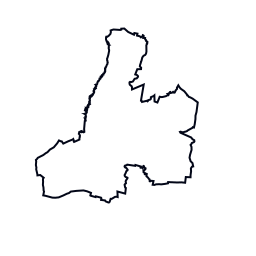 the district of Tinca, Bihor, Romania, rotated 290°
{"feature_id": "2599482B90584172362262", "entity_name": "Tinca", "entity_type": "district", "adm_level": 2, "iso_a3": "ROU", "parent_name": "Romania", "parent_adm1": "Bihor", "projection": "equal_earth", "projection_center": [21.941, 46.761], "detail": "fine", "context": "isolated", "style": "outline", "palette": "ink", "viewbox_px": 256, "rotation_deg": 290, "n_neighbors": 0, "source": "geoboundaries", "source_scale": "gbopen_adm2", "svg_char_len": 5701}
<svg xmlns="http://www.w3.org/2000/svg" viewBox="0 0 256 256"><g transform="rotate(290 128 128)"><path d="M179.3,172.5L179.1,172.3L179.9,171.5L181.8,168.3L182.9,164.3L183.9,162.4L185.3,160.7L182.6,160.2L181.5,160.7L179.9,160.0L179.2,160.0L179.0,159.8L177.4,159.8L176.9,159.2L177.4,158.0L176.3,157.4L175.5,156.1L176.3,155.4L176.1,155.1L174.2,154.5L173.7,153.7L173.2,154.8L172.6,154.7L172.5,154.1L170.9,152.8L168.9,149.8L168.5,148.8L168.2,147.1L162.0,146.9L162.0,143.9L167.7,141.6L166.8,141.1L164.8,139.0L163.3,139.5L162.8,139.4L162.2,139.0L161.1,137.5L159.9,137.4L159.7,137.2L160.1,136.5L157.3,132.3L157.8,132.0L158.0,131.1L158.3,131.1L158.3,130.8L174.2,127.9L165.6,118.6L167.4,117.9L168.4,117.3L169.3,114.9L170.1,114.3L171.4,113.8L172.0,114.1L172.4,115.5L173.4,116.7L176.5,117.4L177.6,119.2L179.1,119.8L179.9,119.8L180.3,119.5L180.9,118.1L180.8,116.5L181.4,116.5L186.4,116.6L187.8,120.1L189.2,119.7L189.9,118.1L191.1,117.8L194.2,117.7L194.8,117.5L195.6,117.7L199.2,117.3L201.2,117.9L202.6,119.2L204.1,119.5L206.1,119.2L212.1,116.9L213.8,117.2L214.1,116.7L215.3,116.9L215.7,116.7L216.0,115.2L216.8,114.8L216.9,114.3L217.6,113.5L218.4,113.3L217.9,111.6L218.7,111.6L218.7,111.2L219.6,110.8L220.1,111.0L220.3,110.6L220.3,110.2L219.4,110.3L217.6,109.1L218.0,108.4L218.2,107.4L217.9,104.9L219.9,104.6L219.4,101.5L217.7,101.7L218.3,95.3L220.2,90.5L219.0,87.7L218.1,88.0L217.5,87.2L215.6,80.7L214.5,79.2L213.7,78.3L212.3,79.1L210.4,79.3L208.0,78.3L206.4,77.1L206.4,76.4L205.9,76.3L203.8,77.0L202.7,77.8L202.4,78.3L202.1,78.4L202.1,78.9L201.7,78.8L201.2,79.2L201.7,79.3L201.3,79.8L201.6,80.0L201.5,80.3L201.0,80.4L201.2,80.6L200.9,80.9L200.6,80.6L200.2,80.6L200.3,80.8L200.2,81.0L199.7,81.0L199.5,82.0L199.3,81.8L198.4,81.9L197.4,82.4L196.6,82.4L194.8,83.6L193.9,83.9L190.0,84.5L186.9,84.7L186.1,84.6L184.5,85.2L184.1,85.7L183.3,86.0L182.8,86.5L182.2,86.4L181.3,86.8L180.1,86.5L177.8,86.5L177.5,86.2L176.0,86.4L175.9,86.1L174.9,86.5L174.7,86.8L173.9,86.8L173.6,87.2L172.7,87.2L172.6,86.9L171.8,87.0L171.3,86.7L171.1,86.8L170.5,86.4L170.2,86.5L170.2,86.2L169.5,86.3L169.1,85.9L168.7,86.0L168.7,85.4L168.3,85.3L168.3,85.6L167.8,85.6L167.5,85.8L167.1,85.4L166.9,85.5L166.7,84.9L166.1,85.3L165.6,84.9L164.9,85.2L164.4,84.9L164.4,84.4L163.2,84.6L162.2,84.3L162.0,84.0L161.6,84.2L161.0,83.7L160.1,83.7L159.0,84.0L157.6,83.7L157.6,83.3L157.4,83.4L157.3,83.1L157.0,83.6L156.4,83.6L156.2,83.9L155.4,83.7L155.2,83.5L154.8,83.9L154.2,83.1L153.4,83.0L153.4,83.3L153.0,82.9L152.7,83.3L152.5,83.1L152.2,83.2L151.6,83.0L151.3,83.1L151.0,83.4L150.7,83.1L150.2,83.5L150.3,83.8L149.9,84.0L149.1,83.9L148.1,83.4L148.0,83.7L147.5,83.7L146.8,83.5L146.7,83.1L146.3,83.1L146.4,82.9L145.8,82.9L145.8,82.2L145.3,82.3L145.4,81.9L145.0,81.7L144.8,81.2L144.5,81.2L144.0,81.7L143.8,81.4L143.3,81.5L143.5,81.7L143.4,81.9L142.7,81.8L142.6,82.2L141.4,82.4L140.5,83.0L139.1,82.9L138.7,83.4L138.5,83.2L138.6,82.9L138.1,83.1L137.8,82.9L137.5,83.1L137.7,83.4L137.6,83.6L137.2,83.5L137.1,83.8L136.4,83.2L135.3,83.3L135.2,83.2L135.3,82.9L135.0,83.0L134.7,82.8L134.9,83.1L134.6,83.1L134.7,83.4L134.0,83.6L133.7,83.0L133.8,82.7L133.4,82.8L133.6,82.6L133.3,82.6L133.2,82.4L133.4,82.3L133.2,82.1L133.1,82.5L132.4,82.4L132.4,82.1L132.1,82.4L131.7,82.3L131.7,81.6L131.2,81.6L131.2,81.4L129.8,81.5L129.8,82.1L129.6,82.4L130.1,82.5L129.8,82.7L130.2,83.2L129.6,83.6L128.5,83.5L128.4,83.9L128.2,83.9L127.3,83.5L127.0,83.0L126.5,83.3L126.3,82.7L126.1,83.7L125.0,84.2L124.0,84.0L123.8,84.1L123.8,84.5L123.3,84.4L123.3,84.7L122.5,84.8L122.3,84.3L122.1,84.6L121.6,84.7L121.1,85.3L120.9,85.1L120.3,85.6L119.8,85.0L112.1,87.1L109.4,88.3L108.8,87.8L108.9,87.1L108.3,86.0L109.3,85.5L108.6,84.5L107.8,84.4L107.5,83.6L105.7,83.8L105.3,84.7L104.1,85.6L103.2,85.6L102.5,85.9L101.9,85.8L100.5,86.3L95.9,81.5L96.7,81.8L97.4,81.6L98.9,80.3L98.2,79.9L95.1,76.4L91.2,72.5L92.8,70.3L92.5,69.4L92.7,67.4L89.4,66.7L84.5,64.9L81.0,62.0L77.7,60.6L76.2,59.3L73.7,57.7L69.1,53.4L67.8,53.1L66.5,52.4L65.1,53.2L61.7,54.1L59.4,55.5L57.9,55.8L53.6,58.6L52.5,59.1L53.8,61.6L52.4,65.8L51.4,65.5L50.2,65.8L48.7,66.5L45.4,67.5L43.2,68.9L40.4,70.1L39.6,70.8L35.7,71.4L36.1,73.9L36.7,80.7L37.6,83.5L39.1,86.6L42.6,90.4L45.3,93.0L46.7,94.8L48.7,96.0L51.2,100.9L54.1,107.5L54.5,111.0L54.4,115.4L51.7,115.7L51.6,116.3L52.0,121.2L52.8,121.2L53.3,126.5L52.9,127.0L51.2,127.3L52.1,131.2L51.4,132.1L51.3,135.0L51.5,135.6L52.4,136.0L55.5,135.9L55.8,136.9L58.8,139.3L59.5,140.6L59.6,141.9L64.7,139.8L65.4,147.8L70.9,146.5L71.1,145.7L73.5,144.2L74.1,144.3L75.4,145.0L76.9,144.1L77.9,144.0L80.5,144.7L81.1,144.5L81.2,142.5L81.8,141.4L82.6,140.9L84.8,141.2L86.9,141.2L88.0,142.0L88.7,141.9L89.9,140.0L90.0,138.7L90.5,138.0L91.3,137.9L91.7,138.1L92.6,139.5L93.3,139.8L94.9,147.7L95.8,147.6L96.2,153.2L95.4,153.1L95.0,153.4L95.4,154.4L95.3,155.4L95.9,155.6L97.3,155.4L97.7,155.6L97.7,155.8L96.2,157.2L96.2,158.2L95.8,158.4L95.2,158.4L94.0,157.8L93.6,156.9L91.7,157.8L91.6,159.1L90.3,159.6L90.3,159.9L91.3,160.9L91.3,161.3L88.9,161.9L88.4,163.4L87.0,165.6L87.0,165.9L85.4,166.6L85.4,167.0L86.3,167.8L86.9,170.1L83.1,170.6L83.5,172.2L84.7,173.7L85.9,176.6L86.4,178.5L88.2,182.0L89.7,184.5L90.9,184.2L93.6,192.8L95.2,196.8L96.1,200.4L101.7,199.1L103.1,203.6L105.1,202.9L108.9,202.1L111.3,201.0L112.1,201.0L113.6,201.4L114.2,202.4L117.1,200.6L118.2,198.2L121.1,196.0L123.9,195.5L129.2,195.2L132.0,194.1L133.5,192.6L134.3,193.0L135.7,193.1L137.3,194.8L138.1,195.0L139.2,194.4L139.5,192.5L140.7,190.6L141.5,178.9L142.1,178.2L142.6,178.8L142.4,179.9L143.1,181.7L143.8,182.5L144.3,183.4L145.4,184.6L146.1,184.9L150.2,188.5L150.9,188.6L151.0,189.8L154.4,189.4L159.5,188.3L162.7,187.2L166.4,186.9L175.9,184.8L177.7,178.7L178.1,175.9L178.0,174.7L179.3,172.5Z" fill="none" stroke="#020617" stroke-width="2"/></g></svg>